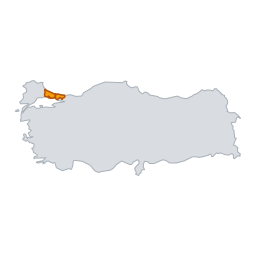 Istanbul on a map of Turkey (Mercator projection)
{"feature_id": "TUR-2265", "entity_name": "Istanbul", "entity_type": "Province", "adm_level": 1, "iso_a3": "TUR", "parent_name": "Turkey", "parent_adm1": "", "projection": "mercator", "projection_center": [28.93, 41.208], "detail": "medium", "context": "in_parent", "style": "filled", "palette": "amber", "viewbox_px": 256, "rotation_deg": 0, "n_neighbors": 0, "source": "natural_earth", "source_scale": "10m", "svg_char_len": 4755}
<svg xmlns="http://www.w3.org/2000/svg" viewBox="0 0 256 256"><path d="M201.7,89.7L205.4,91.0L206.6,90.0L210.0,90.1L213.0,90.9L214.6,88.7L216.8,88.9L217.2,90.1L218.2,90.5L221.3,93.3L220.9,93.6L221.7,94.6L224.4,95.3L224.6,96.8L226.7,98.9L227.8,102.1L227.1,104.4L226.0,105.8L227.6,110.7L227.1,111.3L230.3,112.9L234.4,112.6L235.7,113.3L239.7,117.1L240.6,118.6L237.9,116.8L236.4,118.3L235.6,122.1L231.3,122.7L232.0,125.2L233.1,126.3L232.7,128.6L233.0,129.5L234.2,131.0L234.0,133.0L234.5,135.2L234.5,137.7L236.3,138.5L235.5,139.7L233.5,144.9L233.6,145.3L235.0,145.4L238.0,147.8L237.4,148.6L237.8,151.9L240.4,154.1L239.9,155.1L240.0,156.2L238.2,155.7L234.3,158.7L233.9,158.6L233.4,157.6L233.3,154.7L232.4,153.9L231.2,153.7L229.1,155.0L227.2,155.0L225.3,154.7L220.3,152.9L218.5,153.5L216.6,152.9L212.9,156.4L211.7,156.7L211.2,155.0L209.9,154.0L208.2,155.3L201.8,157.0L198.8,157.3L195.2,156.7L192.3,156.9L184.2,160.9L176.4,163.0L169.5,162.9L165.7,160.4L162.7,159.8L153.8,163.6L149.4,163.4L148.0,161.9L144.7,161.2L143.9,162.7L143.2,166.3L144.4,169.6L142.5,169.8L141.3,170.5L141.0,172.9L139.3,173.9L138.7,175.4L138.4,175.4L135.6,174.2L136.4,173.0L134.7,168.5L135.5,167.1L139.1,163.4L139.0,161.2L137.5,159.7L132.9,162.4L132.5,163.4L131.5,164.3L129.8,164.6L121.7,161.0L116.9,164.2L112.8,168.7L109.8,170.3L100.8,171.6L99.2,172.5L96.1,171.5L94.3,170.3L90.1,165.2L82.2,161.3L73.9,160.3L73.2,161.3L72.9,165.3L71.6,169.0L70.9,169.4L69.0,168.5L62.7,170.7L57.2,168.3L56.2,167.2L55.0,162.8L54.2,162.5L53.3,163.1L52.4,163.1L48.5,161.2L46.4,161.1L45.1,163.0L43.0,163.7L43.0,163.2L43.8,162.0L40.5,162.2L38.7,163.1L36.4,162.6L36.5,162.1L38.4,161.5L42.8,160.8L45.6,157.9L35.1,158.1L34.1,158.7L34.0,157.2L34.6,156.5L37.3,155.9L37.1,154.7L35.4,153.3L33.6,152.6L32.8,149.4L31.8,148.6L31.9,148.2L33.7,147.6L34.0,145.3L33.8,143.8L30.4,142.6L29.6,142.7L28.8,141.4L27.3,140.5L26.1,141.3L22.7,139.4L23.3,138.0L24.2,138.0L24.3,136.9L23.6,135.1L23.7,134.2L24.4,133.9L25.3,134.1L26.2,135.2L26.3,137.2L27.2,138.5L27.8,137.2L29.4,137.9L32.2,137.3L32.7,136.7L30.7,136.8L29.9,136.3L28.2,132.9L30.0,131.9L31.2,130.2L28.8,129.1L29.3,126.7L27.3,124.0L30.0,120.6L29.8,120.1L29.0,119.9L20.6,121.4L20.4,119.8L21.1,118.5L21.0,115.2L21.4,113.4L22.9,112.8L24.8,110.2L27.9,107.1L31.2,107.1L32.5,106.3L34.4,106.2L34.9,107.4L36.6,108.3L39.6,108.2L41.0,107.4L39.6,105.8L41.3,105.3L42.7,105.7L41.9,107.4L42.3,107.5L46.2,107.0L50.2,107.4L54.6,107.2L55.2,106.7L52.1,105.0L54.1,103.5L55.2,103.2L64.5,101.8L64.5,101.5L58.8,100.7L55.9,98.7L55.1,97.6L55.7,95.0L56.3,94.3L58.3,94.2L65.4,95.4L70.4,94.7L75.8,96.4L81.1,96.1L82.2,95.3L83.5,92.8L90.9,88.5L93.5,86.3L105.0,82.0L122.2,82.7L125.2,81.0L127.0,81.6L126.5,82.7L126.6,83.8L128.6,86.3L131.7,87.8L136.0,86.6L137.5,87.1L139.0,91.1L141.7,93.5L142.9,93.7L144.5,92.2L146.1,92.1L148.6,93.5L149.4,94.9L157.7,96.5L159.4,97.7L164.9,98.9L177.2,96.1L181.7,98.0L185.5,98.6L187.1,98.4L192.1,96.1L193.6,94.8L196.7,93.7L200.6,91.1L201.7,89.7ZM43.0,82.5L42.6,84.3L43.4,86.3L45.1,89.1L46.9,90.5L55.2,94.2L54.0,97.6L52.0,98.2L44.8,96.5L41.9,97.9L39.8,97.6L36.9,98.2L36.1,100.3L34.1,102.6L28.3,105.6L23.1,111.3L21.6,112.1L22.3,110.1L22.2,108.4L24.5,106.4L27.7,104.8L28.6,103.6L20.5,103.8L19.7,102.0L20.5,101.7L23.1,98.5L23.4,97.2L23.1,94.0L26.3,92.2L26.6,91.5L26.1,88.3L23.0,86.5L23.1,85.6L25.3,84.8L26.5,82.6L29.7,82.2L31.2,81.1L33.9,80.6L37.3,83.3L41.4,82.3L43.0,82.5ZM18.9,111.1L16.2,111.6L15.4,111.1L16.2,110.2L18.3,109.6L19.0,110.5L18.9,111.1Z" fill="#d9dde1" stroke="#a8b0b8" stroke-width="1"/><path d="M45.2,89.3L45.5,89.6L47.3,90.8L49.9,91.9L53.5,93.6L54.6,93.9L54.8,94.0L54.9,93.9L55.0,93.8L55.4,93.8L55.7,93.9L55.8,94.1L55.7,94.5L55.6,94.8L55.4,95.0L55.2,95.2L55.1,95.3L55.2,95.6L55.3,95.7L55.4,95.8L55.2,96.2L55.2,96.5L54.9,96.9L54.8,97.0L54.6,97.1L54.4,97.3L54.4,97.5L54.5,97.5L54.4,97.7L54.1,97.7L53.9,97.6L53.7,97.8L53.4,98.0L52.9,98.1L52.6,98.3L52.2,98.3L52.0,98.2L51.8,98.1L51.6,98.1L50.1,98.3L49.8,98.1L49.9,97.6L49.7,97.5L49.7,97.4L49.6,97.0L49.5,96.7L49.3,96.5L49.0,96.4L49.1,96.7L49.3,96.9L49.4,97.2L49.4,97.3L49.4,97.6L49.3,97.8L49.2,97.9L48.8,97.9L48.2,97.2L47.9,97.1L47.5,97.0L46.7,96.7L46.3,96.7L45.9,96.7L45.7,96.5L45.6,96.4L45.1,96.5L44.9,96.5L44.7,95.6L44.5,94.4L44.7,93.5L45.1,92.2L44.9,91.2L44.6,90.1L45.2,89.3ZM57.5,99.7L57.4,99.6L57.1,99.6L56.9,99.4L56.3,99.1L56.0,98.9L55.8,98.6L55.5,98.4L54.9,98.0L55.0,97.9L54.8,97.9L54.8,97.7L54.7,97.5L54.6,97.3L54.9,97.2L55.1,96.9L55.3,96.6L55.4,96.0L55.6,95.7L55.4,95.4L55.6,94.9L56.1,94.5L56.5,94.1L56.9,94.2L57.0,94.2L57.3,94.0L59.5,94.4L61.8,95.0L65.0,95.4L64.7,95.5L64.8,96.0L64.9,96.5L64.5,97.3L63.9,97.7L63.1,98.0L62.5,98.4L62.4,98.8L62.2,99.2L61.7,99.2L61.4,98.9L61.0,98.2L60.5,97.7L59.9,97.6L59.3,98.0L58.8,98.5L58.6,98.6L57.9,99.2L57.5,99.7Z" fill="#f59e0b" stroke="#b45309" stroke-width="1.5"/></svg>